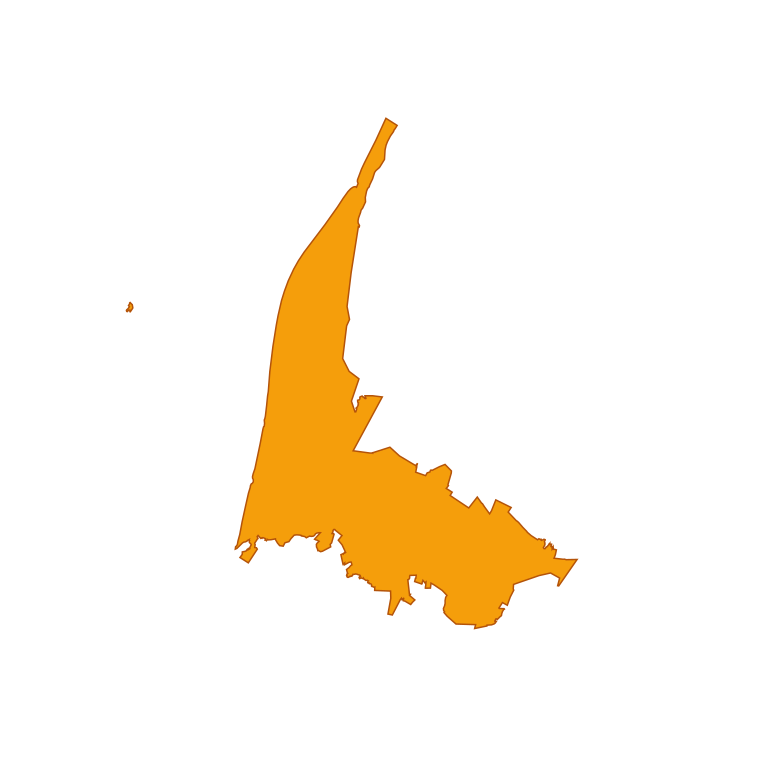 outline of Santiago Ixcuintla, Nayarit, Mexico, rotated 33°
{"feature_id": "50627088B3683914427881", "entity_name": "Santiago Ixcuintla", "entity_type": "district", "adm_level": 2, "iso_a3": "MEX", "parent_name": "Mexico", "parent_adm1": "Nayarit", "projection": "equal_earth", "projection_center": [-105.286, 21.958], "detail": "fine", "context": "isolated", "style": "filled", "palette": "amber", "viewbox_px": 768, "rotation_deg": 33, "n_neighbors": 0, "source": "geoboundaries", "source_scale": "gbopen_adm2", "svg_char_len": 6171}
<svg xmlns="http://www.w3.org/2000/svg" viewBox="0 0 768 768"><g transform="rotate(33 384 384)"><path d="M620.7,433.8L618.9,429.2L616.4,430.0L616.1,430.4L614.5,428.4L614.7,430.5L613.6,428.9L612.5,428.5L613.1,429.3L612.5,429.4L612.1,428.6L611.8,427.1L610.8,427.5L610.7,427.1L610.4,428.4L610.0,428.5L609.7,427.6L609.5,428.5L609.7,428.8L609.4,431.4L609.2,432.1L608.8,432.3L608.8,434.3L607.9,434.9L606.8,434.5L606.5,431.1L605.8,430.5L605.8,430.0L605.1,429.3L604.5,429.0L604.2,428.4L604.3,427.5L604.0,426.9L603.7,427.1L603.5,426.9L602.7,427.1L602.1,428.3L601.2,429.0L601.1,429.4L600.6,429.3L600.3,428.7L599.4,429.3L598.2,429.4L597.6,431.0L590.0,431.0L584.9,430.3L584.1,429.9L578.4,428.6L572.3,426.8L570.3,426.5L569.5,426.6L557.9,423.8L557.9,418.3L540.9,420.3L543.2,431.9L543.3,435.4L535.2,432.3L531.6,430.7L530.8,430.8L523.8,428.0L522.6,441.8L500.2,441.5L500.1,437.6L493.1,437.7L493.4,434.1L492.8,433.9L492.4,433.4L488.9,422.0L487.9,420.2L479.0,418.2L475.5,423.2L471.4,430.2L469.7,430.7L469.9,430.7L470.4,432.8L468.6,435.0L468.8,438.2L458.6,440.7L456.7,435.8L456.3,436.0L455.3,432.2L454.9,435.2L436.2,435.9L423.4,433.8L412.2,447.5L412.3,448.1L411.7,448.0L411.1,448.8L409.7,449.6L394.5,456.8L389.6,395.8L380.8,400.1L374.5,404.2L376.7,405.9L376.6,406.2L375.6,406.6L374.0,406.0L373.2,406.4L372.2,406.0L371.0,407.7L370.9,408.3L371.5,408.8L371.9,410.0L371.7,411.1L371.3,411.3L370.7,412.0L371.8,413.5L372.9,413.7L373.1,415.0L373.8,415.4L374.1,417.9L373.7,419.5L374.0,419.7L374.7,419.7L375.5,422.7L374.8,423.2L366.0,416.1L360.2,393.3L347.9,392.4L335.5,385.2L321.0,355.6L319.9,348.6L310.8,339.1L295.8,308.5L276.8,266.0L277.7,265.8L277.2,264.5L274.7,263.1L273.4,261.4L272.2,258.5L270.9,252.9L270.1,250.7L270.3,248.1L269.3,241.3L266.7,237.7L264.3,231.6L263.8,228.8L264.2,226.7L263.6,224.9L262.7,218.2L260.9,211.7L261.0,209.4L262.2,205.2L262.3,204.1L262.1,195.4L257.4,187.1L255.7,182.6L254.9,178.8L254.3,172.6L254.5,167.2L254.1,165.2L254.3,164.1L254.2,160.0L240.9,160.1L244.4,183.9L247.1,208.8L248.1,216.0L250.6,227.3L251.6,228.9L253.0,229.8L253.8,234.0L252.6,234.0L251.4,235.0L250.6,236.2L249.7,238.5L249.0,242.2L248.6,250.3L248.6,260.9L247.7,282.4L245.2,316.8L245.1,327.2L245.7,336.8L247.5,349.6L249.9,360.2L252.6,369.8L257.9,384.3L261.5,393.0L270.3,412.8L281.5,435.8L291.1,453.4L292.9,457.5L297.3,466.0L302.1,475.7L302.9,477.9L303.2,479.4L305.3,482.1L306.6,484.8L306.3,485.4L306.9,487.4L312.7,501.6L321.9,525.4L323.1,530.3L324.1,533.2L325.0,534.5L326.5,535.4L327.7,537.3L327.6,539.3L327.1,539.9L327.3,541.8L328.2,543.8L329.8,549.4L334.2,561.3L340.0,576.7L345.0,588.8L347.0,595.1L348.4,598.4L348.5,599.9L348.2,601.4L349.2,603.5L350.2,602.0L351.8,594.6L352.4,593.1L353.7,591.9L354.7,590.4L354.6,589.7L355.7,587.8L355.9,588.5L356.5,588.5L356.6,589.3L357.4,590.2L359.8,590.8L360.2,591.2L360.6,594.6L361.0,594.8L361.1,595.3L360.2,595.6L360.7,596.2L360.3,597.0L359.8,596.3L359.4,596.9L359.2,599.4L356.6,602.0L357.9,604.1L357.7,608.0L367.6,607.9L367.7,591.5L366.2,590.8L364.6,591.5L363.4,588.8L362.9,588.6L362.2,587.7L362.3,584.3L362.1,583.5L362.5,582.3L360.7,581.0L360.9,579.6L364.7,580.6L364.9,579.9L365.5,579.9L365.7,580.5L365.9,579.0L366.1,578.8L369.0,578.2L369.2,579.7L369.9,579.4L370.8,579.5L371.0,577.7L371.8,577.8L374.1,576.1L377.2,573.1L377.3,573.4L381.3,575.4L384.5,576.4L387.8,574.9L387.4,571.1L390.1,568.0L390.2,564.4L391.0,559.7L393.0,558.0L395.8,556.5L397.3,556.0L397.5,556.4L400.6,555.1L402.6,555.3L404.4,552.1L405.9,551.5L407.5,550.2L408.0,549.2L408.2,548.0L408.1,547.1L408.7,545.8L410.2,544.3L411.6,543.4L410.3,552.0L412.0,551.8L413.0,551.4L415.2,551.3L414.6,553.9L414.6,555.3L416.2,557.5L418.3,558.7L418.3,558.9L419.3,559.8L419.7,559.4L422.1,559.2L422.7,558.6L423.5,557.7L428.0,549.6L426.2,547.8L426.6,545.8L423.9,537.1L423.2,537.0L421.9,537.7L421.7,535.8L421.0,534.6L421.1,533.4L421.9,532.8L422.3,532.9L422.3,533.1L431.3,534.0L430.7,539.9L436.4,541.7L443.6,546.2L443.0,547.3L442.6,547.0L442.5,548.4L442.3,548.2L440.8,550.6L447.8,557.5L448.4,555.5L449.3,557.2L451.8,552.6L453.2,551.3L453.4,551.2L454.4,552.0L455.6,553.2L455.0,554.4L454.7,556.8L453.6,560.0L455.9,562.1L456.9,562.7L456.4,563.8L457.4,564.8L457.1,565.1L458.1,565.9L458.9,565.9L459.6,565.4L459.7,564.8L460.0,564.5L460.1,563.9L460.9,563.6L461.0,562.9L461.7,562.7L461.6,562.4L461.9,561.0L461.6,560.6L463.2,559.4L463.4,558.9L465.0,558.2L466.3,558.0L467.1,557.6L467.5,557.7L468.2,557.5L469.0,558.0L468.4,559.2L468.5,559.9L469.6,560.5L469.8,560.2L469.6,559.7L470.0,559.7L470.5,559.1L472.7,558.6L472.6,558.1L473.3,558.5L475.8,558.6L476.9,557.7L477.5,557.6L478.1,557.6L478.0,558.2L478.3,559.2L478.9,559.5L479.6,558.9L480.0,559.4L480.5,559.5L480.7,559.1L482.1,558.8L483.2,559.4L483.3,559.9L483.6,560.3L484.2,560.4L484.5,560.2L486.7,559.8L486.9,559.4L488.6,562.2L502.3,554.1L506.4,560.0L512.6,574.8L516.8,573.2L515.1,555.9L515.3,554.1L516.5,555.0L517.2,553.1L517.6,553.4L517.6,554.6L518.1,555.3L519.9,554.7L526.5,554.4L526.8,551.4L527.5,548.3L520.6,547.4L520.7,546.0L519.8,546.4L510.6,535.2L511.2,534.5L511.2,532.8L510.1,531.1L510.0,530.4L515.2,526.8L516.5,529.6L516.2,529.9L517.3,533.0L524.6,531.2L524.7,530.7L524.2,529.9L523.6,527.5L526.6,528.5L527.0,527.2L528.9,530.6L529.2,531.5L529.9,532.7L530.1,532.6L534.1,529.9L531.9,525.4L535.6,525.2L545.2,525.4L551.9,527.0L551.9,529.3L553.2,532.4L554.7,534.6L555.6,537.0L556.1,539.9L557.4,541.5L558.8,542.0L558.8,543.0L563.6,544.4L575.1,546.1L591.9,535.9L593.2,539.7L602.1,530.9L601.7,530.2L605.4,527.4L607.1,525.1L607.5,523.8L607.5,521.9L606.7,522.1L606.6,522.7L606.4,522.8L605.9,522.1L606.1,520.4L605.8,520.4L605.8,520.0L606.4,519.6L607.0,519.4L607.3,519.6L608.2,515.5L608.6,514.6L608.5,513.8L607.9,512.7L607.3,510.4L607.2,508.1L607.6,507.2L607.1,507.0L602.9,509.5L602.4,509.3L602.4,502.8L607.9,502.4L605.9,493.9L605.1,486.2L604.0,485.5L601.8,481.5L618.4,460.2L626.6,451.8L637.0,451.1L639.5,458.6L640.5,458.2L641.5,426.0L632.5,432.1L630.8,432.6L629.3,433.6L621.5,437.5L620.7,433.8ZM132.0,457.4L131.7,456.7L129.7,454.6L126.7,453.9L126.5,454.5L127.0,455.3L127.0,457.4L128.4,457.8L128.3,460.2L127.8,462.0L127.9,462.6L128.6,463.2L129.2,463.2L129.8,461.0L130.7,460.4L131.3,460.8L131.5,461.7L131.9,461.6L132.0,457.4Z" fill="#f59e0b" stroke="#b45309" stroke-width="1.5"/></g></svg>